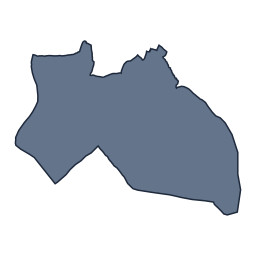 Ogbomosho South, Oyo, Nigeria
{"feature_id": "59680162B1338580155275", "entity_name": "Ogbomosho South", "entity_type": "district", "adm_level": 2, "iso_a3": "NGA", "parent_name": "Nigeria", "parent_adm1": "Oyo", "projection": "equal_earth", "projection_center": [4.225, 8.102], "detail": "fine", "context": "isolated", "style": "filled", "palette": "slate", "viewbox_px": 256, "rotation_deg": 0, "n_neighbors": 0, "source": "geoboundaries", "source_scale": "gbopen_adm2", "svg_char_len": 4677}
<svg xmlns="http://www.w3.org/2000/svg" viewBox="0 0 256 256"><path d="M15.9,145.3L20.5,149.0L30.0,154.6L34.3,157.5L55.1,183.7L57.3,182.3L65.9,174.8L70.3,169.4L75.5,164.5L81.1,160.7L85.7,156.1L91.2,152.9L98.1,146.0L98.9,147.0L99.5,148.0L100.6,149.3L101.9,150.7L102.6,151.3L102.8,151.5L103.0,151.9L103.5,152.5L104.4,153.7L105.3,155.0L106.0,155.7L106.4,155.8L106.8,156.0L107.5,156.5L108.0,157.5L108.3,158.0L108.5,158.7L109.4,159.9L110.2,160.9L111.1,161.8L111.7,162.8L112.5,163.5L113.2,164.6L114.2,166.0L114.9,166.4L115.7,166.9L115.7,167.0L116.2,167.3L116.8,167.8L117.5,168.5L118.4,169.6L119.9,171.5L121.4,173.6L122.3,174.9L124.2,176.9L127.7,183.5L132.9,188.6L137.6,190.1L152.3,192.4L169.6,194.8L175.6,196.1L181.5,197.5L192.2,199.5L205.3,200.8L213.5,202.1L214.5,204.5L217.6,207.4L221.1,210.9L223.9,214.0L227.3,214.9L237.3,212.1L240.6,189.8L237.8,174.2L237.8,152.5L232.0,134.6L225.1,122.8L220.3,117.9L215.8,115.9L212.2,112.1L207.9,106.3L205.5,102.5L202.9,100.5L201.6,99.5L200.4,99.3L199.0,98.0L197.1,96.5L196.3,95.9L195.9,95.4L195.1,94.8L193.2,93.3L191.2,91.2L189.2,89.3L186.9,87.9L184.1,86.7L181.6,86.3L178.8,87.0L177.1,87.5L176.5,88.1L176.2,87.6L176.0,86.6L176.3,85.0L177.4,84.1L177.8,83.4L177.8,82.6L178.1,82.1L178.3,81.7L178.2,81.2L178.1,80.8L177.8,80.5L177.7,80.5L177.6,80.2L177.4,80.1L177.2,79.9L176.8,79.8L176.6,79.6L176.4,79.5L176.3,79.4L176.2,79.3L176.3,79.0L176.4,78.8L176.5,78.5L176.2,78.2L175.9,78.2L175.5,78.1L175.3,77.9L175.1,77.8L174.9,77.6L174.7,77.2L174.6,76.8L174.5,76.4L174.4,76.0L174.2,75.7L174.1,75.4L173.9,75.3L173.6,75.3L173.4,75.2L173.3,74.9L173.2,74.6L173.1,74.4L173.0,74.1L172.8,73.9L172.8,73.7L172.7,73.4L172.5,73.2L172.3,72.9L172.1,72.8L172.0,72.6L171.9,72.2L171.8,71.9L171.7,71.5L171.6,71.2L171.6,70.8L171.3,70.4L171.1,70.1L170.9,69.8L170.7,69.6L170.5,69.4L170.4,68.0L168.9,67.4L168.5,66.5L168.3,65.2L167.4,63.6L167.3,63.4L167.1,63.0L167.0,62.7L167.0,62.4L166.9,62.1L166.7,62.0L166.4,61.8L166.1,61.5L165.9,61.3L165.7,61.0L165.6,60.7L165.4,60.3L165.3,59.9L165.1,59.6L164.8,59.4L163.3,58.0L162.9,56.9L164.8,55.9L165.5,55.2L166.2,53.7L166.8,51.9L165.8,50.9L163.8,49.4L161.9,47.3L159.0,45.2L158.6,46.0L157.8,47.9L157.4,48.6L157.1,49.4L156.8,50.4L156.4,50.3L155.9,50.1L155.5,49.8L154.9,49.7L154.4,49.6L153.8,49.5L153.2,49.3L152.7,49.0L152.2,49.1L151.7,49.1L151.3,49.0L151.1,48.9L150.7,48.6L150.5,49.1L150.4,49.6L150.5,49.8L150.5,50.0L150.4,50.5L150.2,50.6L149.9,50.6L149.9,50.8L149.8,51.1L149.7,51.1L149.6,51.7L149.1,51.7L148.1,51.7L147.3,51.6L146.6,51.3L146.5,51.9L146.4,52.6L146.2,53.7L145.9,54.5L145.2,56.5L144.7,57.9L144.5,58.5L143.8,59.3L143.5,59.7L143.1,59.8L142.6,59.9L142.4,60.0L142.3,59.8L142.1,59.4L141.7,58.7L141.3,58.3L140.9,57.8L140.2,57.3L139.5,56.8L138.8,56.2L138.0,55.3L137.6,55.0L137.2,55.6L136.5,56.4L135.6,57.2L134.5,58.0L133.4,58.8L132.6,59.4L132.2,59.7L131.0,60.6L130.3,60.9L129.2,61.1L128.5,61.1L128.3,61.1L127.5,61.3L126.7,61.6L126.1,62.1L125.6,62.6L125.3,62.9L124.5,63.7L123.8,64.8L123.2,66.3L122.6,67.6L122.5,67.9L122.2,68.9L122.1,69.2L121.6,70.4L121.3,71.7L121.2,73.1L120.7,72.9L119.4,73.0L118.7,73.1L117.6,73.4L116.4,73.5L115.8,73.6L114.4,73.5L113.5,73.5L112.6,73.6L111.4,74.0L110.8,74.2L109.7,74.6L108.7,75.0L107.5,75.5L106.2,76.0L105.6,76.2L104.7,76.7L103.9,77.1L103.4,77.2L102.3,77.2L101.0,76.9L100.0,76.7L98.5,76.5L97.4,76.4L95.5,75.9L94.5,75.5L93.1,75.0L92.8,75.0L92.0,75.4L90.8,75.4L90.3,75.2L90.1,75.1L90.6,73.4L91.5,72.2L92.1,70.6L92.4,69.4L92.6,68.3L93.0,67.1L93.4,65.9L93.7,65.0L93.8,64.0L93.9,63.0L94.0,61.9L93.6,61.7L93.4,61.3L92.6,60.7L92.4,59.6L92.4,57.5L92.2,55.6L92.1,52.9L91.5,50.3L91.1,45.2L88.0,43.6L87.5,43.3L87.3,43.2L87.1,43.2L86.9,43.3L86.7,43.3L86.4,43.1L86.3,42.8L86.2,42.7L86.2,42.3L86.1,42.2L86.1,41.7L85.9,41.5L85.6,41.3L84.8,41.1L84.3,41.1L83.9,41.3L83.4,41.7L83.0,42.1L82.6,42.7L81.8,44.7L81.1,46.6L80.8,47.6L80.2,49.4L79.8,51.0L79.2,51.8L78.2,52.0L76.7,53.1L75.5,53.3L74.4,54.1L73.7,54.3L72.7,54.5L71.5,54.6L69.5,55.0L68.3,54.9L67.5,55.2L66.1,55.4L64.2,55.7L62.2,55.9L61.3,55.8L60.9,55.8L60.1,55.6L59.6,55.5L59.1,55.6L58.6,55.7L57.8,55.8L57.2,55.9L56.6,55.9L56.1,55.8L55.3,55.9L54.8,56.0L54.3,55.9L53.4,55.8L52.5,55.8L51.5,55.7L50.9,55.6L49.5,55.6L48.6,55.6L47.8,55.7L47.3,55.8L46.8,55.8L46.1,55.8L45.6,56.0L45.1,56.1L44.9,56.3L44.5,56.1L44.0,56.0L43.5,56.0L43.0,56.0L42.4,55.8L41.6,55.8L40.8,55.9L40.3,55.9L39.5,55.9L39.0,55.9L38.5,56.1L38.1,56.1L37.5,56.1L36.6,55.8L35.8,55.4L35.1,55.1L33.7,54.8L33.0,54.7L31.6,60.7L31.3,62.7L31.6,64.3L31.3,66.7L32.4,72.9L34.1,78.5L35.3,81.5L36.8,85.1L37.5,91.9L37.9,95.9L37.8,99.3L37.8,101.4L35.7,106.2L32.8,111.6L29.5,116.5L26.5,120.0L24.3,122.6L18.8,130.4L15.7,137.4L15.7,139.9L15.4,143.2L15.9,145.3Z" fill="#64748b" stroke="#1e293b" stroke-width="1.5"/></svg>